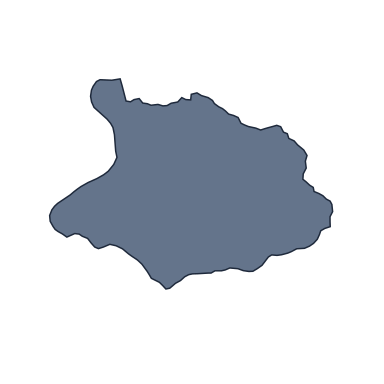 Itaju, São Paulo, Brazil, rotated 29°
{"feature_id": "56859067B23985784357287", "entity_name": "Itaju", "entity_type": "district", "adm_level": 2, "iso_a3": "BRA", "parent_name": "Brazil", "parent_adm1": "São Paulo", "projection": "natural_earth1", "projection_center": [-48.797, -21.954], "detail": "fine", "context": "isolated", "style": "filled", "palette": "slate", "viewbox_px": 384, "rotation_deg": 29, "n_neighbors": 0, "source": "geoboundaries", "source_scale": "gbopen_adm2", "svg_char_len": 1965}
<svg xmlns="http://www.w3.org/2000/svg" viewBox="0 0 384 384"><g transform="rotate(29 192 192)"><path d="M104.4,292.1L109.6,285.2L113.8,283.5L117.4,283.9L123.2,283.2L128.5,285.5L133.6,287.3L137.6,286.9L141.1,283.2L145.5,277.6L151.7,275.8L158.7,275.4L166.6,276.9L171.1,277.4L177.2,277.9L183.2,279.4L191.4,283.2L194.8,285.1L198.3,287.2L207.3,286.8L211.3,287.9L216.2,289.5L219.2,286.9L221.8,279.9L224.9,275.0L226.7,269.7L229.2,265.9L232.2,263.3L236.6,260.7L241.3,257.7L244.9,255.4L248.0,253.6L250.3,249.8L256.0,246.6L258.8,244.1L261.9,240.1L269.4,236.8L275.0,235.9L280.3,233.9L283.7,231.8L286.3,227.3L288.8,222.1L290.3,211.8L292.2,208.4L297.1,206.2L300.7,203.5L305.4,199.0L307.7,196.1L311.1,190.9L317.7,186.7L321.0,182.4L323.2,178.0L324.5,172.5L324.1,167.5L323.4,163.5L325.8,159.5L329.7,155.3L327.1,151.0L324.7,146.7L324.5,141.0L320.4,135.1L317.2,133.0L313.0,133.1L308.3,131.8L303.7,131.8L298.5,132.4L295.8,129.2L291.6,129.0L286.8,127.8L282.8,127.1L280.5,122.2L280.3,115.7L276.2,110.1L274.9,104.3L269.4,101.1L261.4,99.6L256.6,97.8L250.7,98.2L247.1,94.8L243.0,95.3L237.9,91.9L233.8,92.6L230.7,95.7L227.7,98.6L225.0,101.3L222.0,104.5L216.8,105.2L209.6,107.4L205.4,107.9L201.5,108.1L196.2,104.5L191.3,104.9L186.2,106.1L181.9,104.9L178.3,104.3L174.0,104.5L168.7,103.8L165.5,102.0L160.4,101.6L153.5,103.1L148.3,102.9L144.0,106.9L146.2,112.1L141.7,114.2L137.3,114.4L135.9,120.2L130.7,124.5L128.3,128.5L124.8,130.8L119.8,131.9L114.1,136.0L110.2,136.4L105.8,138.1L100.5,135.9L96.5,139.3L94.5,142.9L90.2,144.4L79.6,133.2L74.3,127.9L67.7,133.1L57.1,138.4L54.9,141.7L54.3,147.4L54.7,151.7L56.9,157.5L60.5,161.9L65.3,165.5L82.3,169.4L87.5,171.4L91.6,173.9L96.4,179.5L105.4,193.2L109.6,198.1L110.2,205.8L108.7,214.4L106.4,219.7L102.3,226.4L96.6,234.0L92.3,241.0L90.4,244.9L88.7,248.8L86.9,253.6L84.4,258.5L80.0,267.1L78.7,271.1L78.1,275.6L78.9,281.6L82.2,286.4L87.2,289.5L90.5,291.1L94.1,291.5L98.9,291.5L104.4,292.1Z" fill="#64748b" stroke="#1e293b" stroke-width="1.5"/></g></svg>